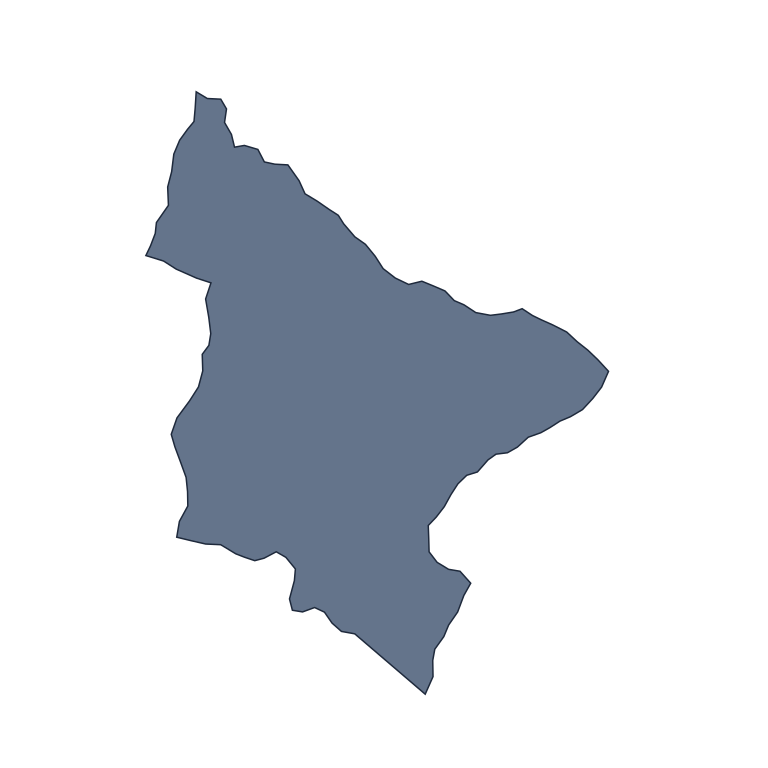 the district of Júlio Mesquita, São Paulo, Brazil, rotated 173°
{"feature_id": "56859067B97647740758227", "entity_name": "Júlio Mesquita", "entity_type": "district", "adm_level": 2, "iso_a3": "BRA", "parent_name": "Brazil", "parent_adm1": "São Paulo", "projection": "natural_earth1", "projection_center": [-49.794, -21.975], "detail": "fine", "context": "isolated", "style": "filled", "palette": "slate", "viewbox_px": 768, "rotation_deg": 173, "n_neighbors": 0, "source": "geoboundaries", "source_scale": "gbopen_adm2", "svg_char_len": 1705}
<svg xmlns="http://www.w3.org/2000/svg" viewBox="0 0 768 768"><g transform="rotate(173 384 384)"><path d="M590.2,572.0L592.7,561.3L598.9,549.6L604.7,540.5L587.8,532.9L576.2,523.3L557.1,511.9L543.4,505.5L550.7,490.1L549.8,471.3L549.8,455.1L553.1,443.7L560.8,435.6L562.3,419.1L568.5,403.7L579.0,391.0L593.6,375.6L601.3,360.0L599.2,347.1L595.5,331.5L591.8,315.4L592.1,301.1L593.6,286.8L603.8,272.6L608.4,257.2L594.6,252.0L580.5,246.9L565.7,244.4L551.8,233.5L543.6,229.1L533.8,224.4L524.3,225.7L511.4,230.6L502.5,223.9L494.5,211.2L496.9,199.8L504.0,182.2L502.5,170.6L492.6,167.7L480.1,170.6L470.9,164.8L464.7,153.0L456.4,143.6L443.5,139.6L380.9,71.1L371.0,87.6L369.3,103.7L365.9,114.6L355.4,126.0L349.2,136.9L338.7,148.7L330.5,164.4L322.2,175.7L331.4,188.9L342.5,192.2L353.0,200.5L359.7,211.9L358.4,225.5L357.3,238.2L348.3,245.6L339.1,254.9L331.0,266.1L322.8,275.9L313.0,283.3L302.0,285.3L290.0,296.0L281.4,300.7L269.9,300.7L259.3,305.1L247.3,313.6L234.3,316.5L224.6,320.5L213.9,325.7L203.0,328.8L190.1,334.4L178.5,344.2L168.4,354.4L159.6,369.2L168.7,381.9L177.6,392.8L187.1,402.4L196.3,413.3L209.2,422.0L220.3,428.7L228.3,433.9L237.7,441.9L246.7,439.7L258.9,439.2L270.0,439.2L284.2,443.7L294.9,452.8L304.1,458.2L312.1,468.9L323.2,475.4L333.9,481.4L347.4,479.8L359.9,487.8L370.8,498.6L377.2,511.9L385.4,524.9L395.0,533.6L404.5,547.9L408.8,557.0L417.1,563.9L428.1,573.7L439.2,582.4L443.5,596.1L452.7,613.2L465.6,615.5L475.7,619.0L480.6,632.2L493.5,637.8L503.5,637.3L505.0,650.3L510.4,663.0L506.8,676.2L511.3,686.6L524.6,688.9L534.8,696.9L537.8,680.8L540.6,667.7L547.9,660.8L557.1,650.9L564.6,637.8L568.9,620.6L574.7,605.9L576.2,587.6L590.2,572.0Z" fill="#64748b" stroke="#1e293b" stroke-width="1.5"/></g></svg>